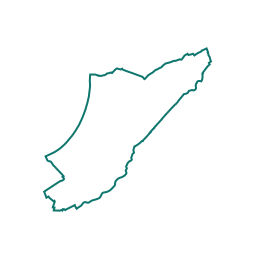 Tiel, Gelderland, Netherlands, rotated 163°
{"feature_id": "6326949B29204266624827", "entity_name": "Tiel", "entity_type": "district", "adm_level": 2, "iso_a3": "NLD", "parent_name": "Netherlands", "parent_adm1": "Gelderland", "projection": "natural_earth1", "projection_center": [5.408, 51.887], "detail": "fine", "context": "isolated", "style": "outline", "palette": "teal", "viewbox_px": 256, "rotation_deg": 163, "n_neighbors": 0, "source": "geoboundaries", "source_scale": "gbopen_adm2", "svg_char_len": 5521}
<svg xmlns="http://www.w3.org/2000/svg" viewBox="0 0 256 256"><g transform="rotate(163 128 128)"><path d="M44.3,151.2L43.7,151.8L43.2,152.3L43.0,152.6L42.4,153.5L42.2,154.0L41.9,154.7L41.8,155.0L40.9,158.3L40.3,158.3L40.2,159.1L36.1,162.1L33.3,164.0L31.8,164.7L31.3,164.9L31.6,166.6L29.2,167.4L29.3,167.9L29.3,169.2L29.3,170.4L29.2,171.2L29.2,172.4L29.4,173.1L29.6,173.4L29.7,173.8L29.6,175.5L29.7,176.9L29.3,177.0L29.6,181.1L33.9,180.5L34.3,180.3L34.8,180.5L35.7,179.9L36.1,179.7L36.3,179.6L36.5,179.6L39.2,179.3L43.3,178.0L43.6,178.8L43.7,179.3L44.1,180.0L46.5,179.9L47.0,180.1L48.0,180.1L48.7,180.1L48.8,180.1L48.9,180.3L49.4,181.6L51.6,181.0L51.9,181.0L52.4,180.8L52.7,180.7L53.4,180.3L53.9,179.8L55.4,178.7L56.4,177.9L56.7,177.8L57.3,177.8L57.9,178.1L58.4,178.6L58.5,178.6L61.3,178.4L62.6,178.3L63.2,178.4L63.4,178.4L64.0,178.7L64.4,178.8L65.1,178.8L66.0,178.7L66.4,178.7L67.6,178.5L68.7,178.5L71.7,178.6L72.6,178.7L73.1,178.7L74.0,178.4L76.3,177.5L76.6,177.4L77.2,177.0L77.7,176.6L78.3,176.3L78.6,176.3L80.8,176.0L82.1,175.7L82.4,175.6L82.8,175.5L83.7,175.5L84.3,175.5L84.5,175.4L85.6,175.1L86.1,174.8L87.0,174.4L88.3,173.8L90.3,173.4L92.9,172.6L93.2,172.6L93.8,172.2L95.3,171.3L96.1,170.8L97.3,170.1L97.9,169.9L98.0,169.9L98.7,171.6L98.8,172.0L99.2,172.5L99.5,172.9L99.7,173.1L100.1,173.4L100.8,173.9L106.7,178.4L111.2,181.7L113.6,183.5L115.5,185.0L115.8,185.4L116.1,185.6L116.2,186.0L116.3,186.2L116.3,186.4L116.6,186.4L117.6,186.1L117.8,186.1L119.0,186.8L120.1,187.4L121.2,188.2L122.0,188.0L122.8,187.7L123.9,187.1L124.7,186.7L125.9,186.0L127.1,185.2L127.4,185.3L127.9,185.9L127.9,186.0L128.1,186.1L129.8,186.0L130.8,186.1L131.3,186.1L131.8,186.2L132.0,186.3L133.2,185.8L133.8,185.6L134.2,185.5L135.0,185.4L135.3,185.4L136.2,185.6L137.4,185.6L138.6,185.6L138.9,185.7L139.3,186.0L139.5,186.1L140.3,186.4L140.7,186.8L140.9,186.8L141.0,186.9L141.2,186.7L141.7,187.2L143.5,188.6L148.5,190.2L149.6,187.5L150.9,183.8L151.4,181.2L151.5,181.0L152.0,179.3L153.1,176.6L154.1,174.4L155.3,171.7L156.2,169.6L159.5,163.9L161.7,160.6L163.3,158.1L167.4,152.7L169.3,150.4L173.6,145.6L174.3,144.9L176.8,142.7L179.0,140.7L183.4,137.2L190.4,132.6L191.8,131.8L193.7,130.7L195.5,129.9L197.8,128.8L199.4,128.2L200.8,127.7L202.1,127.3L203.5,126.9L205.0,126.5L207.2,126.1L213.4,125.2L215.1,125.0L214.6,120.9L214.1,119.9L212.7,119.0L211.8,118.6L211.3,117.4L210.7,115.6L210.3,113.9L209.7,113.1L209.5,112.7L208.4,110.4L205.9,105.4L205.8,105.1L205.7,104.9L205.4,104.5L203.7,100.8L204.9,100.4L203.9,98.1L203.6,97.7L203.8,97.8L205.1,97.3L206.0,97.0L206.7,97.0L207.1,97.0L207.8,97.0L208.1,97.1L213.8,95.5L218.9,94.0L223.3,92.7L225.6,92.0L226.8,91.6L226.6,89.1L226.4,85.2L224.1,85.7L223.8,84.7L223.4,84.0L221.5,81.0L220.8,79.9L220.7,79.8L219.7,80.0L219.5,79.2L220.5,77.7L221.7,76.1L222.6,74.8L223.1,74.0L221.6,73.4L223.1,70.9L217.7,69.0L217.2,68.9L216.8,68.9L216.4,68.9L215.0,69.1L214.7,69.2L214.7,68.4L213.3,69.1L213.0,69.2L212.5,68.6L212.0,67.8L211.4,68.0L210.4,68.3L201.4,69.8L201.4,68.8L201.2,67.8L201.1,67.1L200.7,66.1L200.8,66.0L200.7,65.8L198.8,66.5L196.3,67.2L195.7,67.4L195.3,67.6L194.8,67.9L193.0,69.3L192.6,69.5L191.9,69.7L191.5,69.7L191.1,69.7L190.7,69.7L190.3,69.5L188.7,68.5L188.4,68.4L188.1,68.3L187.7,68.2L187.2,68.2L185.6,68.7L185.1,68.8L183.9,69.1L182.9,69.2L182.5,69.2L180.0,69.1L179.1,69.1L177.5,69.2L176.8,69.3L175.7,69.5L175.0,69.8L174.8,70.0L174.5,70.3L174.3,70.5L172.1,72.8L171.7,73.1L171.3,73.3L171.0,73.4L170.7,73.4L170.2,73.4L168.2,73.2L167.4,73.1L166.4,73.1L165.8,73.2L165.1,73.3L164.2,73.5L163.6,73.6L163.1,73.8L162.0,74.3L159.1,75.9L158.2,76.5L157.5,76.9L157.3,77.2L157.0,77.6L156.9,77.8L156.7,78.5L155.9,80.1L155.4,80.7L155.2,80.8L154.9,81.1L154.0,81.6L153.0,82.2L152.3,82.4L152.0,82.5L151.4,82.6L150.5,82.8L148.6,82.7L148.4,82.8L147.3,83.0L145.9,83.3L145.4,83.4L144.1,84.2L143.4,84.5L143.1,84.7L142.9,84.9L142.8,85.1L142.7,85.3L142.6,86.0L142.6,86.3L142.5,86.8L142.6,87.3L142.7,87.7L142.6,87.9L142.6,88.0L142.3,88.5L142.1,88.6L141.6,89.0L141.3,89.2L141.1,89.4L141.0,89.7L140.9,89.9L140.9,90.2L141.0,90.5L141.1,91.0L141.1,91.3L141.1,91.5L140.9,91.9L140.6,92.3L140.0,92.8L139.8,93.1L139.4,93.6L139.0,94.1L138.7,94.4L137.6,95.1L136.8,95.6L136.5,95.7L136.1,95.8L135.2,95.9L134.8,95.9L134.3,96.1L134.2,96.2L133.9,96.4L133.8,96.5L133.6,96.8L133.5,97.1L133.5,97.3L133.6,97.9L133.6,98.2L133.6,98.3L133.5,98.7L133.2,99.2L132.3,100.3L132.1,100.6L131.8,101.1L131.5,101.6L131.2,101.8L130.9,102.0L130.3,102.3L129.9,102.4L129.6,102.6L129.4,102.9L129.4,103.2L129.4,103.4L129.4,103.9L129.4,104.7L129.4,105.0L129.3,105.3L129.2,105.6L129.0,105.9L128.4,106.7L128.1,107.0L127.7,107.6L127.5,108.2L127.0,108.3L127.0,108.5L126.4,108.6L124.6,108.9L124.2,109.1L121.6,109.9L118.7,111.3L118.4,111.5L117.6,111.2L117.3,111.7L116.1,112.4L112.9,114.2L110.1,115.9L107.7,117.3L108.0,117.5L104.6,119.6L104.4,119.5L103.7,119.9L103.9,120.0L100.4,122.2L97.3,124.0L93.0,126.6L92.9,126.8L87.5,130.1L81.9,133.4L76.1,136.7L75.6,136.7L72.9,138.3L72.1,139.1L65.7,143.3L65.3,143.6L64.5,144.1L64.2,144.0L63.4,143.9L62.7,143.8L62.4,143.8L61.3,144.0L60.7,144.1L60.3,144.3L60.1,144.5L59.7,144.9L59.6,145.2L59.4,145.4L59.1,145.6L58.6,145.7L58.4,145.7L56.8,145.6L56.3,145.6L55.7,145.6L55.4,145.4L54.7,145.0L54.3,144.9L54.2,144.8L53.8,144.8L53.3,144.8L52.8,144.9L52.3,145.2L51.7,145.7L51.5,145.9L51.3,146.3L51.2,146.6L51.1,147.5L51.0,148.2L50.9,148.5L50.5,149.3L50.3,149.8L50.0,150.3L49.9,150.4L49.3,150.8L48.9,151.2L48.3,152.0L47.9,152.2L47.3,152.3L47.2,152.3L46.0,152.1L45.5,151.9L44.9,151.6L44.3,151.2Z" fill="none" stroke="#0f766e" stroke-width="2"/></g></svg>